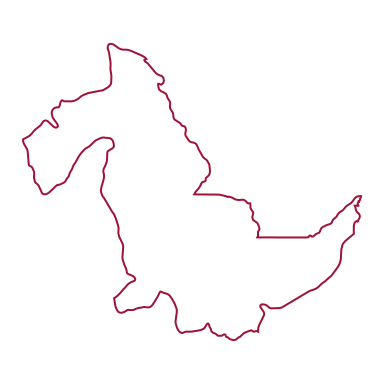 an SVG outline of Ucayali
{"feature_id": "PER-583", "entity_name": "Ucayali", "entity_type": "Department", "adm_level": 1, "iso_a3": "PER", "parent_name": "Peru", "parent_adm1": "", "projection": "natural_earth1", "projection_center": [-73.422, -9.375], "detail": "fine", "context": "isolated", "style": "outline", "palette": "rose", "viewbox_px": 384, "rotation_deg": 0, "n_neighbors": 0, "source": "natural_earth", "source_scale": "10m", "svg_char_len": 5967}
<svg xmlns="http://www.w3.org/2000/svg" viewBox="0 0 384 384"><path d="M146.4,59.0L144.3,60.0L144.8,61.3L147.4,63.0L155.5,72.7L157.2,74.1L159.1,75.1L161.5,75.9L163.3,77.6L163.9,80.5L163.2,83.2L161.2,84.7L159.1,83.8L158.2,83.8L158.1,85.1L158.8,88.6L159.2,89.6L161.1,91.2L163.7,92.4L166.1,93.9L167.1,96.2L167.5,97.8L169.5,101.0L170.2,102.7L170.2,104.1L169.9,106.8L170.1,108.1L170.9,109.8L172.7,112.5L173.2,114.4L173.5,117.4L174.0,118.8L174.8,119.7L179.8,122.9L180.4,123.5L181.4,125.0L182.1,125.7L182.7,126.0L184.0,126.2L184.5,126.4L185.4,127.5L185.8,128.8L185.9,130.2L185.3,133.5L185.4,134.8L185.8,136.0L188.4,140.0L189.5,141.2L190.8,142.0L194.4,142.9L195.6,143.6L196.7,144.8L197.4,146.2L198.5,149.2L203.2,157.3L204.2,158.2L206.5,159.9L207.3,160.9L209.0,163.9L209.4,165.1L210.0,171.1L209.7,173.3L209.2,174.6L208.6,175.6L205.8,178.1L205.7,180.1L205.4,181.0L204.5,181.5L202.6,182.0L201.9,182.5L201.2,183.7L200.2,186.0L198.8,188.2L195.5,192.0L194.2,194.4L219.1,194.6L226.6,196.3L227.4,197.0L227.8,197.1L228.8,196.6L230.0,196.9L232.5,197.8L235.1,199.3L236.3,199.7L239.0,200.0L242.8,199.7L244.1,200.0L245.3,200.7L247.0,202.5L248.1,203.4L250.1,203.3L250.4,203.9L250.4,206.8L250.6,208.3L251.2,209.5L252.9,211.8L253.2,213.1L253.0,214.4L252.3,217.2L253.0,219.9L257.4,223.0L258.7,225.9L259.3,228.2L259.5,228.9L259.3,229.8L258.4,231.2L258.0,231.9L258.0,235.9L257.3,237.4L307.1,237.5L308.2,237.2L308.8,236.6L309.4,235.7L310.3,235.6L311.0,235.8L311.9,236.6L312.8,236.6L314.0,235.8L316.2,233.9L319.2,232.7L320.0,231.3L320.6,229.6L321.4,228.1L322.4,227.2L326.6,225.1L330.4,223.9L331.6,222.9L332.0,222.0L332.8,220.2L333.3,219.4L336.3,216.9L338.1,213.9L339.1,212.6L342.3,210.6L343.5,209.5L345.8,206.7L347.1,205.6L351.2,203.0L352.4,201.6L354.5,198.6L355.8,197.3L357.0,196.6L358.3,196.3L360.9,196.0L361.0,196.9L360.2,198.4L360.1,199.6L359.7,200.5L358.6,201.1L359.0,202.1L358.2,202.4L357.7,203.1L357.6,204.0L358.4,205.7L357.8,205.9L356.7,205.6L354.7,205.7L355.3,207.0L355.8,209.4L356.2,210.7L356.8,211.8L358.7,213.5L359.4,214.5L359.8,216.0L359.7,217.3L359.2,218.6L358.2,220.2L358.1,221.1L357.8,221.5L357.4,221.6L356.8,221.1L356.5,221.1L355.2,222.1L354.7,222.7L354.4,223.4L353.8,226.3L353.8,233.9L345.5,240.8L343.6,243.0L342.6,244.4L341.4,249.2L340.8,259.2L340.3,261.6L339.5,264.0L337.6,267.4L331.6,275.5L330.1,276.8L329.1,277.6L325.2,281.2L322.0,283.5L318.5,286.9L316.1,288.6L314.8,289.2L309.5,291.0L282.0,307.4L279.9,308.0L271.3,308.4L269.8,308.0L269.3,307.7L266.7,305.4L265.7,304.9L264.3,304.5L262.1,304.3L261.0,304.8L260.3,305.6L260.4,307.1L263.7,312.0L264.2,313.2L264.2,314.1L264.0,315.2L259.4,324.6L258.7,326.4L258.3,327.9L258.1,330.0L258.1,331.7L257.1,331.2L255.7,331.1L254.1,331.7L253.4,331.7L251.6,330.4L251.0,330.3L250.5,330.6L246.2,332.0L244.0,333.1L240.0,336.8L238.4,337.5L236.3,339.3L235.7,339.7L233.6,340.1L230.9,339.5L230.1,339.1L229.5,338.8L228.0,337.5L227.4,337.2L226.7,337.2L226.2,336.9L225.4,334.8L224.8,334.4L223.6,334.6L221.8,335.7L221.1,335.8L220.4,335.7L218.4,335.8L217.6,335.5L216.1,334.1L215.5,333.7L213.1,332.8L211.5,331.4L211.2,330.7L211.0,329.3L209.6,327.0L209.0,324.7L208.6,324.1L208.0,323.5L207.3,323.8L206.8,324.3L204.6,327.9L204.1,328.4L203.6,328.8L201.6,329.7L199.2,330.4L191.1,331.7L186.7,331.6L185.1,331.9L182.3,333.0L180.5,332.5L179.2,331.5L177.9,329.6L176.9,327.6L175.7,323.2L175.5,321.6L176.8,312.1L176.8,309.5L176.7,309.0L174.7,303.8L172.4,299.5L170.1,296.1L169.2,295.2L167.6,294.0L164.1,293.0L162.7,292.5L161.4,291.8L160.4,291.6L159.7,292.4L157.3,297.3L152.6,304.8L150.9,306.5L150.0,307.0L149.1,307.3L147.3,307.4L144.4,307.0L143.5,307.1L140.7,307.7L138.8,307.9L135.5,308.9L134.3,309.7L133.3,309.9L132.0,310.1L128.4,309.9L127.3,310.1L124.3,312.0L121.7,312.8L119.9,312.6L118.8,312.1L117.9,311.5L116.2,308.5L115.9,307.6L115.2,305.0L114.1,298.2L116.7,296.5L120.0,293.3L123.5,289.1L124.9,287.8L127.5,284.7L128.5,283.8L131.3,282.0L134.0,281.0L134.8,280.5L135.2,279.8L135.2,278.9L134.3,277.2L133.6,276.5L132.7,275.9L128.2,274.0L127.5,273.6L127.0,272.8L126.3,269.4L125.1,266.4L124.6,265.4L122.7,259.8L122.4,257.6L123.2,247.0L123.1,245.2L122.3,243.1L119.3,237.0L118.4,233.7L118.4,231.2L118.6,228.4L118.2,226.0L115.8,218.5L114.4,215.1L113.7,213.8L112.2,211.8L104.0,198.0L102.9,196.6L102.0,194.9L101.1,192.1L100.9,191.2L100.9,189.9L101.5,186.8L103.3,180.7L104.0,177.4L104.0,174.8L103.3,171.6L103.4,169.9L103.9,168.4L104.9,166.6L106.5,162.5L107.0,160.1L107.3,153.0L107.4,152.2L107.7,151.5L108.1,151.0L112.2,148.5L113.3,147.5L113.7,146.8L113.9,146.0L113.8,144.5L113.5,143.0L112.8,140.8L112.4,140.2L111.5,139.2L110.5,138.4L109.8,138.2L103.4,137.5L102.0,137.7L100.1,138.3L95.7,140.4L94.8,141.1L89.3,146.4L85.6,148.5L84.1,149.8L81.0,153.3L78.9,156.2L75.2,162.9L73.7,165.0L72.8,166.8L72.1,169.0L70.3,172.0L69.7,173.3L68.8,176.1L68.4,176.8L66.5,179.1L65.2,181.6L64.3,182.3L63.0,183.1L60.2,184.4L58.8,184.8L57.1,185.1L56.5,185.5L49.0,192.6L46.8,193.9L45.4,194.3L43.3,194.2L42.5,193.5L41.7,192.5L38.8,185.9L37.5,184.3L35.4,182.6L35.0,181.7L34.6,180.5L34.1,178.1L34.0,176.8L34.2,174.0L34.0,171.6L32.5,168.1L31.9,167.2L31.2,166.6L29.2,165.5L28.8,164.8L27.7,151.5L27.4,150.3L27.0,149.0L24.2,144.3L23.3,142.2L23.0,139.4L29.3,136.0L31.8,133.6L33.7,131.2L35.7,129.2L39.9,125.9L41.1,124.7L42.6,122.3L43.6,121.1L44.7,120.6L46.0,120.5L47.0,120.8L47.8,121.3L53.2,126.4L54.1,127.0L55.4,127.6L56.8,127.5L57.6,126.9L57.9,125.9L57.6,124.8L57.2,123.8L54.0,119.5L52.9,117.7L52.5,116.7L51.8,113.9L51.8,112.4L52.0,111.2L52.6,109.8L53.5,108.9L54.6,107.9L56.3,107.4L58.5,107.3L59.1,106.8L59.6,105.9L60.4,102.7L61.0,101.3L61.8,100.4L62.4,100.3L64.2,101.3L72.0,101.3L75.0,100.5L77.8,99.1L81.3,96.2L83.4,95.0L88.5,93.0L102.6,90.3L104.1,89.6L108.1,87.2L109.2,86.3L110.0,85.4L110.6,84.4L111.0,83.3L111.2,82.2L111.4,75.8L110.4,69.2L110.6,64.7L110.5,62.1L109.0,52.4L107.7,48.3L107.7,47.0L108.2,45.4L108.9,44.4L109.8,44.0L110.8,43.9L113.2,44.3L119.2,48.5L122.1,49.6L126.4,49.7L128.0,49.9L131.1,50.9L141.3,55.3L144.1,56.9L144.9,57.4L146.4,59.0Z" fill="none" stroke="#9f1239" stroke-width="2"/></svg>